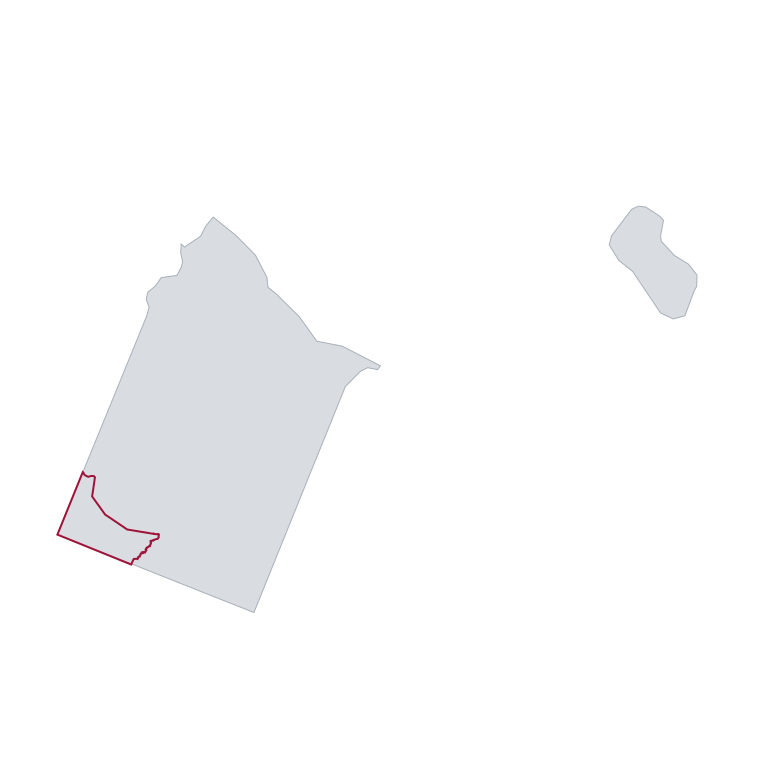 Nsork, Wele-Nzás, Equatorial Guinea shown in context, rotated 112°
{"feature_id": "11065452B58050641555743", "entity_name": "Nsork", "entity_type": "district", "adm_level": 2, "iso_a3": "GNQ", "parent_name": "Equatorial Guinea", "parent_adm1": "Wele-Nzás", "projection": "albers", "projection_center": [11.202, 1.263], "detail": "fine", "context": "in_parent", "style": "outline", "palette": "rose", "viewbox_px": 768, "rotation_deg": 112, "n_neighbors": 0, "source": "geoboundaries", "source_scale": "gbopen_adm2", "svg_char_len": 3493}
<svg xmlns="http://www.w3.org/2000/svg" viewBox="0 0 768 768"><g transform="rotate(112 384 384)"><path d="M644.6,419.0L644.9,461.0L645.1,496.4L645.3,534.7L645.5,574.7L645.7,608.5L645.8,630.4L608.8,630.3L559.6,630.1L510.5,629.9L461.3,629.7L436.6,629.6L409.4,629.5L400.6,630.7L394.6,636.2L387.3,637.4L379.0,632.7L368.7,630.4L366.0,625.5L360.9,616.7L350.8,615.7L345.7,616.7L338.4,621.7L330.2,624.4L331.8,620.3L315.6,609.4L303.9,608.3L293.2,604.9L301.9,576.5L312.8,551.3L329.1,532.4L337.8,527.8L340.6,518.4L353.5,487.4L369.5,462.3L364.6,436.9L368.5,394.1L373.1,395.3L373.8,399.3L375.0,405.3L381.0,410.6L400.8,418.9L459.9,418.9L495.2,419.0L547.4,419.0L602.7,419.0L644.6,419.0ZM176.5,130.6L181.0,131.3L208.0,130.6L215.3,140.2L214.5,154.3L186.6,195.4L181.4,212.7L170.6,227.3L161.3,228.5L129.2,219.8L123.8,214.6L121.9,207.5L125.1,191.2L127.5,186.2L142.9,183.1L147.8,180.4L156.1,162.8L158.8,146.7L165.7,134.6L176.5,130.6Z" fill="#d9dde1" stroke="#a8b0b8" stroke-width="1"/><path d="M578.7,617.1L578.1,618.5L578.3,619.5L578.7,620.3L579.1,621.3L580.0,622.4L580.8,623.4L580.9,624.3L580.7,625.2L580.7,626.3L580.6,627.0L580.3,627.9L578.8,629.5L578.5,630.3L646.0,630.4L646.1,550.8L645.5,550.7L644.8,550.8L640.0,550.5L639.6,549.8L639.4,549.2L639.2,548.8L638.9,548.3L638.8,548.0L638.7,547.7L638.6,547.0L638.3,547.1L638.1,547.2L637.9,547.1L637.7,547.0L637.4,546.8L637.2,546.9L637.0,547.0L636.9,547.1L636.6,547.1L636.4,547.0L636.2,546.9L636.0,546.7L635.9,546.5L635.9,546.4L635.7,546.2L635.5,545.9L635.4,546.0L635.2,546.1L634.9,546.2L634.7,546.2L634.4,546.1L634.2,546.0L634.1,545.9L633.9,545.8L633.7,545.8L633.4,545.9L633.4,546.0L633.2,546.0L632.9,546.0L632.8,545.9L632.7,545.9L632.4,545.8L632.3,545.7L632.2,545.7L632.0,545.4L632.0,545.5L631.9,545.5L631.7,545.5L631.6,545.4L631.5,545.5L631.4,545.5L631.2,545.6L630.9,545.6L630.7,545.5L630.6,545.4L630.5,545.2L630.4,545.0L630.4,544.9L630.4,544.7L630.3,544.4L630.2,544.2L629.9,544.0L629.9,543.9L629.8,543.7L629.8,543.1L629.8,542.9L629.7,542.7L629.6,542.4L629.3,542.5L629.2,542.5L628.9,542.5L628.7,542.4L628.4,542.3L628.2,542.2L628.0,542.3L627.9,542.4L627.8,542.5L627.7,542.6L627.4,542.7L627.2,542.7L626.9,542.6L626.8,542.4L626.7,542.5L626.6,542.8L626.4,542.9L626.4,543.0L626.2,543.0L626.0,542.9L625.9,542.9L625.7,542.8L625.5,542.7L625.4,542.6L625.2,542.7L625.0,542.8L624.9,542.8L624.6,542.7L624.4,542.5L624.4,542.4L624.3,542.2L624.2,542.2L624.1,541.9L623.8,541.8L623.7,541.8L623.6,541.7L623.4,541.7L623.2,541.6L623.0,541.4L622.9,541.3L622.8,541.2L622.7,541.2L622.5,540.9L622.4,540.7L622.3,540.4L622.2,540.3L622.0,540.5L621.9,540.5L621.7,540.6L621.4,540.7L621.2,540.6L620.9,540.4L620.7,540.4L620.3,540.4L620.3,540.5L620.2,540.5L619.9,540.5L619.5,540.4L619.4,540.4L619.4,540.5L619.2,540.6L618.9,540.7L618.7,540.7L618.4,540.7L618.4,540.8L618.2,540.9L618.2,541.0L617.9,541.2L617.7,541.4L617.5,541.5L617.4,541.5L617.2,541.6L616.9,541.6L616.7,541.4L616.6,541.2L616.4,540.8L616.4,540.5L616.3,540.4L616.1,540.2L615.9,540.0L615.7,540.0L615.6,539.9L615.6,539.4L615.4,539.4L615.2,539.4L614.7,539.1L614.6,538.9L614.6,538.5L614.4,538.3L613.9,538.0L613.8,537.9L613.4,537.5L613.0,537.0L613.0,536.9L612.8,536.6L612.7,536.2L612.2,535.8L611.6,535.7L611.1,535.6L610.7,535.4L610.2,535.8L609.9,535.9L609.7,535.9L608.7,536.1L608.7,536.4L608.7,536.5L608.4,536.9L608.3,537.0L608.2,537.0L608.0,536.9L607.9,536.9L607.7,536.7L607.6,536.8L608.9,539.9L609.0,541.3L609.2,541.2L615.1,567.6L609.5,593.7L597.6,612.5L585.1,615.5L578.7,617.1Z" fill="none" stroke="#9f1239" stroke-width="2"/></g></svg>